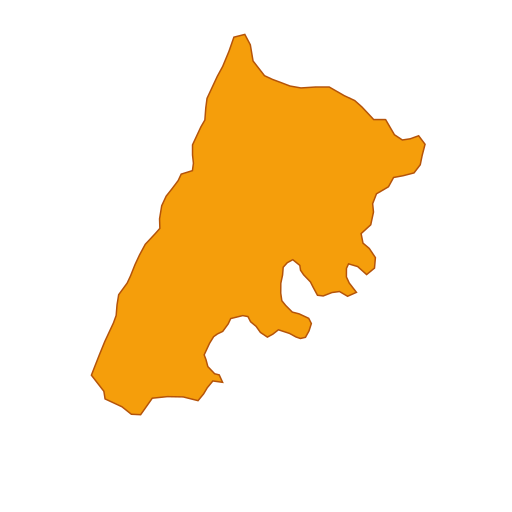 outline of Mandres Lefkosias, Cyprus, rotated 295°
{"feature_id": "46923920B85136596681423", "entity_name": "Mandres Lefkosias", "entity_type": "district", "adm_level": 2, "iso_a3": "CYP", "parent_name": "Cyprus", "parent_adm1": "", "projection": "natural_earth1", "projection_center": [33.366, 35.223], "detail": "fine", "context": "isolated", "style": "filled", "palette": "amber", "viewbox_px": 512, "rotation_deg": 295, "n_neighbors": 0, "source": "geoboundaries", "source_scale": "gbopen_adm2", "svg_char_len": 1828}
<svg xmlns="http://www.w3.org/2000/svg" viewBox="0 0 512 512"><g transform="rotate(295 256 256)"><path d="M127.4,279.1L132.7,272.9L131.8,268.3L135.4,259.1L140.9,254.5L144.5,250.8L157.3,250.8L165.0,251.7L169.1,254.0L173.6,257.7L182.7,259.5L188.6,259.5L196.4,269.2L197.7,274.3L194.1,278.9L192.3,285.8L188.6,292.3L187.3,300.6L192.3,304.3L198.6,307.5L200.0,319.1L199.5,326.4L200.0,331.1L203.2,335.2L210.5,335.7L218.2,334.7L221.8,330.1L221.8,319.5L220.5,312.6L223.7,303.8L226.4,298.3L232.8,294.1L241.8,290.0L250.0,288.1L257.3,285.4L263.2,287.2L268.2,290.9L266.0,299.7L261.9,302.4L259.1,307.1L255.5,316.3L251.9,320.9L246.4,328.3L248.2,333.8L255.0,340.3L259.1,346.7L258.2,356.0L265.5,362.4L270.9,351.9L275.2,346.8L283.0,343.2L288.0,343.2L289.4,352.6L285.9,364.1L295.1,368.5L305.0,364.9L310.7,355.5L312.9,347.5L320.7,341.8L332.8,346.8L345.5,343.9L352.7,339.6L363.3,338.9L374.7,346.8L385.3,347.5L391.0,355.5L398.1,364.1L408.1,366.3L417.3,364.1L428.7,362.0L433.7,352.6L427.3,346.1L423.0,339.6L424.4,330.2L434.4,315.8L429.4,305.0L435.8,289.1L438.6,279.8L438.6,268.2L440.1,250.9L434.4,238.7L427.3,225.7L424.4,214.9L423.7,204.8L423.0,196.2L423.0,187.5L431.5,170.9L445.0,161.6L452.1,152.2L445.0,143.5L430.1,145.0L413.8,145.7L402.4,145.0L387.5,145.0L378.2,145.0L369.0,147.9L357.6,152.2L349.8,151.5L339.1,151.5L329.9,151.5L320.7,155.8L313.6,160.1L306.5,162.3L298.6,153.6L291.5,153.6L281.6,151.5L272.3,149.3L261.7,149.3L248.9,152.9L240.4,157.2L233.3,155.1L219.8,150.7L207.7,150.0L197.0,150.0L184.9,150.7L177.1,150.7L162.9,147.9L153.0,150.7L143.0,154.4L135.2,155.1L126.0,155.1L114.6,155.1L100.4,155.8L89.0,156.5L78.4,157.2L69.1,175.3L62.7,179.6L62.7,190.4L62.7,198.3L59.9,209.9L63.4,218.5L83.3,222.1L91.1,235.1L97.5,249.5L100.4,264.6L108.9,266.8L116.0,267.5L124.5,269.7L127.4,279.1Z" fill="#f59e0b" stroke="#b45309" stroke-width="1.5"/></g></svg>